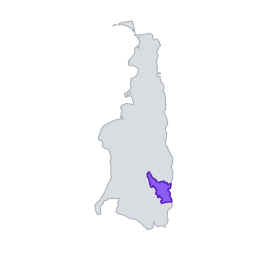 Catamarca highlighted on a map of Argentina, rotated 168°
{"feature_id": "ARG-1300", "entity_name": "Catamarca", "entity_type": "Province", "adm_level": 1, "iso_a3": "ARG", "parent_name": "Argentina", "parent_adm1": "", "projection": "equal_earth", "projection_center": [-67.01, -27.65], "detail": "fine", "context": "in_parent", "style": "filled", "palette": "violet", "viewbox_px": 256, "rotation_deg": 168, "n_neighbors": 0, "source": "natural_earth", "source_scale": "10m", "svg_char_len": 6575}
<svg xmlns="http://www.w3.org/2000/svg" viewBox="0 0 256 256"><g transform="rotate(168 128 128)"><path d="M155.9,81.0L154.5,83.7L154.8,85.5L153.4,89.7L153.7,90.6L152.6,92.6L152.9,94.8L152.3,96.9L152.5,99.5L152.1,100.3L151.2,100.5L150.5,104.2L151.1,107.6L150.4,108.3L151.6,110.9L155.1,113.1L156.9,115.3L156.9,116.2L155.9,117.6L155.7,118.8L156.2,120.4L157.1,121.4L158.8,122.0L159.0,124.2L158.6,125.7L155.1,130.7L154.3,132.9L151.2,135.2L143.1,137.7L136.9,138.7L133.3,138.5L131.0,137.5L131.1,140.3L132.3,141.1L131.7,141.2L132.1,141.7L131.8,144.0L131.1,144.4L130.5,146.3L130.5,148.0L131.2,149.3L130.4,150.7L127.7,152.0L124.5,152.3L118.7,150.2L118.9,149.8L118.6,149.7L117.7,150.1L117.2,152.0L117.9,154.9L117.6,157.4L118.0,158.2L120.1,159.1L119.9,160.1L120.6,160.2L122.1,160.0L122.3,159.2L121.6,158.9L123.6,158.3L124.4,159.3L124.4,161.9L124.0,162.5L122.4,163.0L122.0,162.9L121.1,161.1L120.3,160.7L118.0,161.7L117.7,162.2L121.1,163.5L118.6,164.9L116.6,167.2L116.5,171.5L116.1,172.7L114.7,173.8L114.5,174.6L115.0,175.1L114.8,175.9L112.2,175.7L110.4,177.0L108.7,177.4L105.7,182.2L106.1,184.5L109.5,187.8L113.7,188.7L114.2,189.8L114.0,191.1L113.5,191.9L112.0,192.6L113.3,192.6L113.9,193.3L106.4,199.1L105.4,200.8L105.0,204.3L104.4,205.0L102.8,205.7L101.8,205.0L101.0,203.7L101.0,204.8L99.6,205.1L101.3,205.2L102.1,206.0L99.8,207.3L99.2,208.4L98.9,210.0L98.0,210.9L98.7,210.7L99.4,213.8L97.6,214.0L99.8,214.5L102.4,218.0L102.1,218.3L102.1,217.9L95.5,216.4L86.6,216.1L86.7,215.7L84.6,213.8L85.0,212.4L84.7,211.3L85.1,210.3L84.8,209.0L84.0,208.6L81.2,209.3L79.5,205.8L79.5,204.0L79.0,202.7L79.5,201.2L80.9,201.1L81.3,199.5L83.2,198.2L83.1,196.6L84.2,195.7L84.5,195.0L83.4,192.9L84.1,190.7L86.1,189.0L85.9,186.8L86.9,185.7L86.0,182.8L87.1,181.6L86.6,180.9L86.5,179.3L87.6,178.9L88.3,177.3L87.1,175.7L85.1,175.3L84.9,174.5L88.7,174.4L89.1,173.2L88.8,172.5L86.0,172.1L86.0,170.5L86.6,169.4L86.0,168.3L86.2,167.3L85.4,165.8L86.2,165.2L84.3,163.7L84.2,161.1L84.6,160.5L84.3,159.1L86.0,157.8L85.2,155.4L85.2,150.7L84.9,149.4L85.9,147.5L85.4,146.2L86.1,145.2L85.8,142.8L86.6,142.6L87.2,138.3L89.4,137.1L89.8,136.2L88.2,130.8L88.3,128.8L88.0,127.9L88.4,126.7L88.0,124.9L88.6,122.9L90.1,122.0L90.2,121.3L91.7,119.9L91.6,116.4L90.9,114.6L91.7,113.9L92.2,111.2L93.3,108.4L94.3,107.9L94.1,104.6L94.4,101.7L93.1,101.1L93.4,99.0L92.9,98.5L92.6,96.3L91.7,94.3L91.6,93.4L92.1,92.8L91.2,92.1L90.4,90.2L90.6,88.6L90.7,87.4L91.8,86.6L91.6,85.8L92.4,82.3L93.5,82.1L94.1,80.9L93.5,80.2L93.6,78.1L93.1,75.1L94.1,73.6L94.9,68.9L97.4,65.6L99.0,60.3L100.3,60.3L101.7,59.1L100.3,55.7L101.2,53.5L100.2,48.9L100.5,47.2L101.3,46.2L100.4,44.4L100.7,43.0L102.0,41.3L106.6,38.8L108.4,31.6L107.4,30.4L110.0,26.2L111.8,25.4L112.5,23.3L114.9,25.3L118.9,25.4L121.0,26.2L122.4,30.4L124.5,24.8L130.2,24.6L131.3,26.7L133.4,28.9L134.8,32.0L139.4,36.9L145.3,39.2L148.9,42.5L153.1,45.2L155.2,45.9L156.7,47.8L157.1,49.2L156.1,50.3L155.3,52.5L154.2,53.7L153.7,55.0L153.7,56.8L151.4,60.2L151.4,61.4L153.7,61.2L159.0,62.5L161.7,62.5L162.5,63.1L163.9,61.5L166.2,62.1L167.8,59.4L169.3,58.8L171.0,56.9L171.8,54.5L172.3,49.5L173.2,49.8L174.7,49.1L176.0,50.1L177.0,54.4L176.6,58.5L175.9,60.1L174.2,61.0L173.3,62.2L170.7,63.1L169.2,65.2L166.0,67.5L166.1,68.7L165.1,68.7L159.5,77.0L155.9,81.0ZM101.4,231.8L101.3,219.9L103.1,222.3L102.2,222.1L102.0,223.2L103.4,223.5L104.1,224.9L107.2,227.5L111.7,230.1L116.3,230.9L115.0,232.1L110.5,232.7L107.9,232.1L101.4,231.8ZM118.1,231.7L119.4,231.2L122.1,231.1L118.6,232.1L118.1,231.7ZM133.0,139.6L132.9,140.2L132.1,139.3L133.0,139.6Z" fill="#d9dde1" stroke="#a8b0b8" stroke-width="1"/><path d="M101.6,59.6L101.6,59.4L101.7,59.2L101.8,58.9L101.8,58.6L101.7,58.4L100.7,56.8L100.5,56.5L100.4,56.2L100.3,55.9L100.3,55.6L100.3,55.0L100.3,54.8L100.4,54.5L100.5,54.3L101.2,53.7L101.2,53.4L101.2,53.1L100.8,51.3L100.7,50.7L100.6,50.4L100.4,50.1L100.4,49.9L100.4,49.7L100.4,49.3L100.2,49.1L100.2,48.9L100.2,48.5L100.6,46.8L100.7,46.6L100.8,46.6L104.3,47.5L110.5,47.4L110.8,47.4L110.8,47.5L110.9,48.2L110.9,48.3L111.0,48.5L111.2,48.8L111.2,49.0L111.1,49.5L111.0,49.8L110.7,50.1L110.4,50.1L110.2,50.2L109.8,50.2L109.7,50.2L109.6,50.3L109.5,50.5L109.4,50.6L109.4,50.9L109.4,51.1L109.5,51.5L110.0,52.5L110.4,53.1L110.5,53.4L110.5,53.5L110.9,54.2L111.0,54.4L111.3,54.8L111.4,55.0L111.5,55.1L111.8,54.9L112.0,54.2L112.3,54.0L112.3,53.7L112.5,53.6L112.8,53.6L113.0,53.9L113.1,54.0L113.3,54.2L113.3,54.3L113.2,54.4L113.1,54.5L113.1,54.8L113.1,55.0L112.9,55.5L112.8,55.8L112.8,56.0L112.9,56.3L113.0,56.3L113.3,56.4L113.4,56.5L113.5,56.6L113.7,56.8L114.0,57.1L114.3,57.3L114.4,57.5L114.3,58.1L114.3,58.5L114.2,58.7L114.2,58.9L114.0,59.2L113.7,59.6L113.5,59.8L113.4,60.0L113.3,60.3L113.2,60.4L113.2,60.5L112.8,60.9L112.7,61.2L112.6,61.4L112.6,61.5L112.9,61.6L113.0,61.7L113.5,61.9L113.6,62.0L113.8,63.2L113.9,63.4L113.9,63.7L113.9,63.8L114.0,63.8L114.1,64.0L114.3,64.4L114.3,64.5L114.5,64.8L114.7,64.7L114.8,64.7L115.0,64.8L115.2,65.1L115.2,65.5L115.3,65.8L115.8,66.5L115.9,66.4L116.0,66.1L116.1,65.9L116.3,65.7L116.5,65.5L116.9,65.2L117.0,65.2L117.1,65.3L117.3,65.5L117.5,65.6L117.8,65.5L118.3,68.0L118.3,69.0L118.2,69.4L118.2,69.6L118.0,69.8L117.9,70.0L117.7,70.2L117.7,70.3L117.7,70.5L117.8,70.6L118.0,70.8L118.2,71.0L118.2,72.4L118.2,72.9L118.4,74.9L118.6,75.5L119.0,76.2L119.0,76.4L119.1,76.5L118.8,76.9L118.8,77.1L118.9,78.6L118.9,78.8L118.3,79.6L117.9,80.1L117.6,80.3L116.5,80.6L115.7,78.6L115.5,78.0L115.2,77.2L114.9,76.3L114.8,76.1L114.8,75.7L114.8,75.1L114.6,74.6L113.7,73.6L112.9,72.7L112.7,72.6L111.8,72.1L111.7,72.0L111.7,71.9L111.6,71.7L111.8,71.3L111.9,71.2L111.7,71.0L111.5,70.9L111.4,70.7L111.2,70.4L111.1,69.8L111.0,69.5L111.0,69.4L110.9,69.3L110.8,69.2L110.6,68.9L109.6,68.4L108.6,68.0L108.4,68.0L108.2,68.1L108.0,68.4L108.0,68.5L107.9,68.5L107.5,68.6L107.1,68.6L104.9,68.4L104.6,68.5L104.3,68.7L104.2,68.7L104.2,68.4L103.8,67.9L103.7,67.6L103.7,67.3L103.7,67.2L103.6,66.9L103.5,67.0L103.4,67.0L103.2,67.1L102.9,67.2L102.7,67.0L102.7,66.9L102.3,66.7L102.2,66.7L101.9,66.7L101.7,66.5L101.7,66.3L101.5,66.2L101.4,66.2L101.2,66.2L101.1,65.9L101.2,65.6L101.2,65.4L101.1,65.2L101.2,64.7L101.1,64.4L100.8,64.3L100.7,64.3L100.6,64.5L100.4,64.6L100.2,64.5L100.1,64.4L99.9,64.5L99.5,64.5L99.4,64.6L99.0,64.7L97.6,64.6L97.6,64.3L97.6,64.2L97.8,64.1L97.8,63.9L97.8,63.7L98.0,63.4L98.1,63.1L98.1,62.9L98.1,62.7L98.1,62.4L98.3,62.3L98.4,62.2L98.5,62.1L98.8,61.3L98.8,61.2L98.8,60.9L98.9,60.7L99.1,60.2L99.4,60.0L99.7,60.0L99.8,60.2L100.0,60.3L100.3,60.4L100.4,60.2L100.5,60.0L100.6,59.9L100.8,59.8L101.1,59.8L101.2,59.7L101.4,59.6L101.5,59.6L101.6,59.6Z" fill="#8b5cf6" stroke="#5b21b6" stroke-width="1.5"/></g></svg>